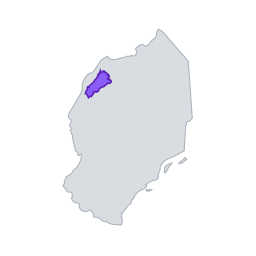 Mpanda, Katavi, United Republic of Tanzania shown in context, rotated 49°
{"feature_id": "72390352B28587760392267", "entity_name": "Mpanda", "entity_type": "district", "adm_level": 2, "iso_a3": "TZA", "parent_name": "United Republic of Tanzania", "parent_adm1": "Katavi", "projection": "equal_earth", "projection_center": [30.595, -6.035], "detail": "fine", "context": "in_parent", "style": "filled", "palette": "violet", "viewbox_px": 256, "rotation_deg": 49, "n_neighbors": 0, "source": "geoboundaries", "source_scale": "gbopen_adm2", "svg_char_len": 7139}
<svg xmlns="http://www.w3.org/2000/svg" viewBox="0 0 256 256"><g transform="rotate(49 128 128)"><path d="M103.7,179.1L101.7,177.7L99.9,176.8L98.4,175.9L97.7,174.9L96.3,174.6L95.1,174.4L94.0,173.6L91.7,173.2L91.4,172.7L91.4,171.4L91.0,171.0L90.1,170.7L89.2,170.7L88.7,170.9L88.4,170.8L87.6,170.1L86.9,169.1L86.6,167.6L85.6,166.6L84.4,165.8L81.0,165.9L80.4,165.6L79.6,164.9L78.7,163.6L77.9,162.1L77.3,160.1L76.6,157.4L72.7,146.7L72.3,144.7L71.5,142.4L70.3,139.6L69.0,137.6L67.2,135.7L65.1,133.9L64.0,132.6L61.9,127.5L61.5,125.2L61.2,122.7L61.3,121.7L62.6,118.6L62.8,117.7L62.6,116.5L61.9,113.9L61.1,110.9L59.5,105.3L59.2,103.9L59.3,102.8L60.2,97.2L60.2,96.4L64.1,96.5L67.0,94.0L69.4,90.3L69.9,88.7L71.0,86.4L71.9,85.2L72.3,84.4L72.9,82.0L74.2,80.4L75.5,79.1L75.2,78.3L75.4,77.9L76.1,77.3L77.4,76.7L77.7,75.5L77.7,74.1L77.5,73.3L77.5,72.4L77.3,71.9L76.4,71.7L75.1,71.0L74.0,70.7L73.3,70.3L73.0,70.0L72.9,69.2L73.5,67.0L72.9,66.1L74.3,62.5L74.5,62.1L75.0,62.0L75.8,61.6L76.5,61.5L77.1,61.6L77.5,61.4L77.9,61.0L78.2,59.8L78.5,57.8L78.4,56.1L77.8,54.8L77.6,52.9L77.9,50.2L77.7,48.1L77.1,46.3L76.5,45.3L75.5,44.8L73.9,42.1L73.5,40.8L73.5,40.0L74.1,39.7L75.1,39.8L76.0,39.5L76.8,38.7L77.7,38.5L78.1,38.7L117.1,38.7L162.6,72.9L162.8,73.3L163.2,76.2L163.1,77.2L162.4,78.9L162.2,79.8L162.2,80.4L162.3,80.7L162.9,80.8L163.4,81.2L163.6,81.5L164.0,82.8L164.5,83.4L181.7,100.2L182.1,100.4L181.9,101.9L180.9,105.3L180.8,106.7L180.4,108.4L180.1,109.5L179.0,114.3L178.2,116.1L177.0,120.3L176.8,123.5L177.5,125.7L177.7,127.8L179.0,129.9L180.1,130.6L180.8,131.6L182.0,133.7L182.8,135.9L185.0,137.0L185.9,139.4L185.6,141.1L184.5,142.5L183.5,144.7L182.7,147.6L182.6,152.1L183.2,151.5L184.4,152.6L184.5,155.9L183.2,159.7L182.8,161.5L182.8,163.1L183.6,167.7L185.0,170.0L184.9,170.8L184.5,171.4L186.8,175.5L186.6,179.2L187.5,182.0L187.8,184.4L188.4,186.3L188.5,187.6L187.7,189.0L189.4,189.3L190.4,190.5L190.9,191.6L192.1,191.6L192.8,192.3L193.8,193.0L195.9,194.9L196.4,195.8L196.8,196.7L190.9,202.6L188.7,204.1L187.2,204.8L185.6,205.2L184.0,206.2L182.6,207.6L180.7,208.4L178.4,208.4L176.1,209.4L172.3,212.4L170.1,210.7L168.4,210.2L166.5,210.3L165.3,210.5L164.8,210.8L164.5,211.9L164.1,213.6L162.8,215.2L160.6,216.8L158.5,217.4L156.6,217.0L155.3,216.3L154.6,215.4L153.6,215.0L152.3,215.1L151.1,215.7L149.9,216.9L148.0,217.5L145.3,217.3L143.9,216.7L143.7,215.7L142.6,214.5L140.5,213.1L139.0,213.1L137.9,214.4L137.0,215.2L136.2,215.6L135.5,215.6L134.4,215.3L131.5,215.1L128.8,215.2L128.5,213.3L127.9,212.1L127.4,211.4L126.5,211.3L126.2,210.7L125.9,209.5L125.5,208.5L124.8,207.7L124.5,206.9L124.4,206.2L124.5,205.4L125.0,203.5L125.2,202.1L125.2,200.8L124.9,199.4L124.2,197.7L124.3,197.2L124.1,196.1L124.1,195.3L124.2,194.3L124.1,193.0L123.5,190.2L123.5,189.5L122.9,188.1L121.1,184.9L121.0,184.5L118.2,181.3L117.0,180.6L116.6,181.2L116.5,181.8L116.6,182.8L116.5,183.3L116.4,183.5L115.7,183.5L115.3,183.4L114.2,182.5L113.3,182.3L111.2,182.5L110.5,182.7L109.9,182.5L108.8,181.0L107.5,180.7L106.3,180.6L104.4,178.9L103.7,179.1ZM185.4,125.2L186.3,128.8L186.2,129.4L185.5,129.8L185.2,129.9L184.8,129.3L184.5,128.1L184.0,128.4L183.1,127.0L182.3,126.9L181.5,125.2L181.8,123.7L181.7,121.2L182.6,119.9L183.1,117.7L183.7,119.2L183.8,121.5L184.6,124.2L185.4,125.2ZM190.1,104.0L190.2,104.9L190.0,105.7L190.0,108.2L189.9,109.9L189.2,112.2L188.6,113.0L188.1,112.8L187.7,112.4L187.4,111.8L188.1,107.5L187.7,104.4L189.1,104.7L190.1,104.0ZM187.9,155.3L187.2,155.5L186.9,155.3L186.5,154.6L187.3,154.0L188.0,152.9L189.6,151.2L190.3,149.8L190.2,151.2L189.3,154.0L188.5,154.2L187.9,155.3Z" fill="#d9dde1" stroke="#a8b0b8" stroke-width="1"/><path d="M79.6,131.4L79.4,131.3L79.1,131.3L78.9,131.1L78.7,131.0L78.3,130.8L78.3,130.6L78.1,130.6L78.2,130.4L78.3,130.1L78.4,129.8L78.4,129.7L78.6,129.5L78.6,129.3L79.0,129.3L79.1,129.2L79.5,129.0L79.7,128.7L79.6,128.2L79.8,127.8L80.2,127.9L80.3,128.0L80.5,127.7L80.5,127.4L80.5,127.2L80.5,126.8L80.7,126.6L80.6,126.4L80.7,126.0L80.6,125.6L80.4,125.3L80.4,125.2L80.0,124.8L79.8,124.6L79.7,124.6L79.6,124.4L79.4,124.2L79.4,123.9L79.4,123.7L79.5,123.5L79.6,123.4L79.7,122.9L79.7,122.2L79.8,122.0L79.8,121.7L79.9,121.4L79.9,121.1L80.0,120.9L80.3,120.5L80.4,120.3L80.5,120.1L80.6,119.9L80.4,119.5L80.5,119.4L80.6,119.2L80.8,119.0L80.8,118.9L80.9,118.7L80.9,118.4L80.7,118.0L80.7,117.9L80.9,117.7L80.9,117.4L81.0,117.2L81.0,116.9L81.0,116.6L81.1,116.4L81.0,116.1L81.1,115.8L81.1,115.7L80.8,115.5L80.7,115.3L80.6,115.2L80.5,114.9L80.7,114.5L80.9,114.4L80.9,114.1L80.9,113.9L81.0,113.7L81.3,113.4L81.7,113.3L81.9,113.2L82.0,113.1L82.3,112.8L82.4,112.6L82.3,112.2L82.4,111.9L82.3,110.3L82.0,110.2L81.7,110.2L81.2,110.0L80.9,109.8L80.6,109.8L80.6,109.7L80.4,109.7L80.4,109.8L80.5,109.8L80.4,109.9L80.2,109.9L79.9,110.2L79.8,110.3L79.7,110.4L79.0,110.5L78.9,110.6L78.9,110.8L78.7,110.8L78.4,110.9L78.3,111.0L78.3,110.9L78.2,111.0L77.9,110.9L77.9,110.5L77.9,110.4L78.0,110.1L77.9,110.0L77.7,110.0L77.7,109.9L77.6,110.0L77.6,109.8L77.4,109.8L77.3,109.7L77.1,109.6L77.1,109.4L77.0,109.2L76.9,109.2L76.7,108.9L76.6,108.7L76.5,108.4L76.4,108.0L76.3,107.9L76.0,107.8L75.9,107.9L75.9,108.0L75.8,108.3L75.7,108.4L75.4,108.4L75.3,108.5L75.2,108.9L74.8,108.7L74.6,108.7L74.5,108.4L74.6,108.1L74.5,107.9L74.3,108.1L73.8,108.0L73.7,108.0L73.4,108.0L73.1,108.0L72.9,108.1L72.6,108.1L72.0,108.3L71.7,108.3L71.4,108.3L71.1,108.5L70.7,108.6L70.6,108.9L70.5,109.0L70.4,109.3L70.1,109.4L69.8,109.5L69.7,109.3L69.7,109.1L69.7,108.7L69.5,108.8L69.1,108.7L68.9,108.8L68.9,109.8L68.8,110.4L68.8,110.5L68.6,111.2L68.3,111.3L67.4,111.4L67.0,111.3L66.6,111.1L66.4,111.0L66.6,111.4L66.8,111.7L67.1,112.3L67.3,112.6L67.5,112.9L67.8,113.0L68.1,113.1L68.1,113.6L68.1,113.9L68.1,114.0L67.9,114.1L67.7,114.3L67.7,114.5L67.7,114.4L67.8,114.5L67.8,114.8L68.0,114.6L67.9,115.0L68.0,115.1L68.2,115.3L68.2,115.2L68.3,115.3L68.5,115.2L68.6,115.3L68.6,115.5L68.8,115.9L68.7,116.0L68.8,116.1L68.7,116.1L68.7,116.3L68.7,116.7L69.2,117.3L69.3,117.5L69.4,117.8L69.5,117.9L69.5,118.1L69.5,118.3L69.4,118.5L69.6,118.6L69.7,118.9L69.8,119.0L69.9,119.3L69.9,119.5L69.9,119.8L69.9,120.0L69.9,120.3L70.0,120.8L70.0,121.1L69.9,121.3L69.9,121.5L70.3,122.2L70.3,122.4L70.5,123.1L70.7,123.8L70.8,124.0L70.8,124.4L70.8,125.2L70.8,125.7L70.8,126.2L70.8,127.0L70.8,127.4L70.9,128.2L70.8,128.9L70.8,129.2L70.9,129.8L70.9,130.1L71.0,130.4L71.1,130.5L71.1,130.8L71.1,131.0L70.9,131.2L71.0,131.2L70.9,131.3L71.0,131.3L70.9,131.4L70.8,131.5L70.8,131.8L70.7,131.8L70.8,132.0L71.0,132.3L71.1,132.5L71.5,132.7L71.6,132.8L71.8,132.9L71.8,133.0L71.9,133.4L72.0,133.5L72.2,133.9L72.3,134.1L72.3,134.3L72.6,134.7L72.7,134.8L72.7,135.1L72.6,135.5L72.8,135.9L73.1,136.1L73.2,136.3L73.2,136.5L73.4,136.7L73.4,136.8L73.5,137.1L73.9,137.6L74.5,137.5L74.7,137.4L75.3,137.2L76.1,137.1L76.9,137.3L77.3,137.5L78.2,137.6L79.2,138.0L79.2,137.5L79.2,137.4L79.3,137.3L79.2,137.1L79.2,136.9L79.2,136.7L79.2,136.2L79.3,135.7L79.4,135.4L79.5,135.3L79.6,135.2L79.7,134.9L79.8,134.9L79.7,134.8L79.7,134.7L79.8,134.4L79.7,134.3L79.8,134.1L79.9,133.9L80.0,133.8L79.9,133.6L79.8,133.4L79.8,133.2L79.7,133.1L79.7,132.9L79.7,132.7L79.6,132.3L79.6,132.2L79.5,131.9L79.6,131.7L79.6,131.4Z" fill="#8b5cf6" stroke="#5b21b6" stroke-width="1.5"/></g></svg>